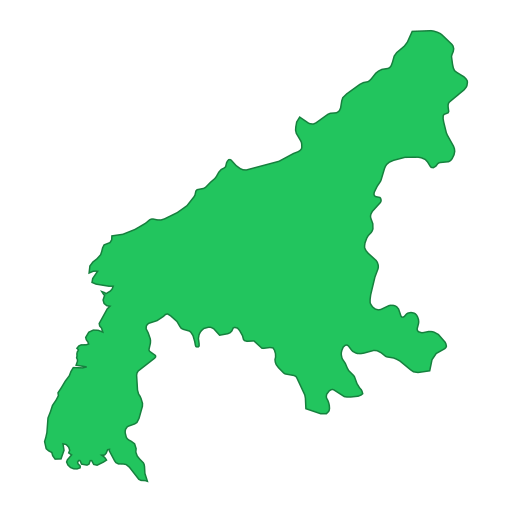 an SVG outline of P'yŏngan-namdo
{"feature_id": "PRK-3313", "entity_name": "P'yŏngan-namdo", "entity_type": "Province", "adm_level": 1, "iso_a3": "PRK", "parent_name": "North Korea", "parent_adm1": "", "projection": "albers", "projection_center": [126.179, 39.498], "detail": "fine", "context": "isolated", "style": "filled", "palette": "green", "viewbox_px": 512, "rotation_deg": 0, "n_neighbors": 0, "source": "natural_earth", "source_scale": "10m", "svg_char_len": 6010}
<svg xmlns="http://www.w3.org/2000/svg" viewBox="0 0 512 512"><path d="M147.4,481.3L145.3,480.6L141.0,480.4L138.8,479.3L129.4,467.2L126.1,464.5L123.4,464.0L118.4,463.9L115.9,462.6L114.6,460.8L109.3,450.8L109.5,449.3L107.6,449.7L106.2,453.1L104.6,455.0L101.7,455.2L103.6,456.5L105.2,458.1L106.5,460.1L103.4,462.1L97.1,465.2L93.7,464.4L91.7,460.6L90.2,460.6L89.0,464.1L87.0,465.1L81.5,464.1L80.6,461.8L79.8,460.5L78.7,460.5L77.6,462.1L78.0,463.8L80.2,466.1L80.1,467.8L77.1,468.9L73.7,468.8L70.5,467.5L67.9,465.0L66.6,462.0L67.4,459.8L71.6,454.9L68.7,452.9L69.7,450.3L68.7,447.2L66.3,444.6L63.0,443.8L64.0,450.3L61.0,458.9L55.1,459.1L52.7,455.7L51.8,452.5L48.6,450.8L46.2,448.7L44.6,441.6L45.9,437.1L46.9,432.6L48.0,418.0L50.5,411.6L52.5,405.4L56.1,400.1L58.4,395.7L58.0,392.8L60.8,388.6L65.3,381.1L69.3,375.8L71.0,371.4L73.3,367.6L82.7,367.9L86.7,366.9L76.1,365.2L77.5,361.2L77.4,359.4L76.6,357.8L77.0,356.1L76.9,353.8L77.3,351.9L78.1,350.7L78.4,349.7L76.9,348.3L78.9,345.9L81.1,344.9L86.3,344.8L88.6,344.0L88.0,342.1L86.3,339.7L85.7,337.4L88.8,332.2L93.3,330.1L98.2,330.3L102.8,332.1L101.5,328.0L99.7,326.0L99.2,323.5L107.3,308.8L110.0,306.2L106.8,305.7L104.1,303.5L103.1,300.0L104.6,295.3L103.6,294.4L101.8,291.6L104.8,292.7L105.9,293.7L110.3,291.1L112.1,289.1L113.2,286.2L108.9,286.2L96.0,284.1L92.0,282.4L92.7,278.5L97.6,271.3L95.3,271.1L93.1,271.3L89.1,273.0L89.9,266.0L92.9,262.0L96.9,258.9L100.6,254.8L101.7,251.6L102.6,247.9L104.1,244.9L110.0,242.6L111.7,239.8L111.9,235.9L122.9,234.3L134.9,229.5L145.5,223.3L149.7,219.8L151.3,219.1L153.0,219.0L157.3,219.9L161.0,220.0L164.5,218.9L177.3,212.6L187.0,205.7L194.0,196.8L195.0,195.0L195.9,191.0L197.1,189.7L203.7,188.4L205.5,187.4L210.7,182.1L214.7,178.7L216.4,176.5L218.8,172.2L221.2,169.5L224.0,168.1L225.6,166.8L226.6,162.7L227.4,161.2L228.7,159.7L230.0,159.6L231.1,160.1L236.1,165.6L240.2,168.6L243.0,169.8L246.3,170.0L279.0,161.3L293.5,153.5L298.2,151.7L300.3,150.3L301.5,148.8L301.8,147.3L301.7,144.0L301.4,142.4L300.7,140.8L296.3,133.3L295.6,130.2L295.8,127.0L296.7,122.0L299.7,117.1L308.6,123.2L310.0,123.7L313.2,124.1L315.8,123.0L327.9,114.3L330.3,113.3L336.4,112.8L337.9,112.0L339.4,110.7L340.6,108.0L341.8,100.7L342.8,97.7L346.8,93.8L359.8,84.4L363.4,82.6L368.0,81.7L369.6,80.6L371.3,78.9L375.8,73.2L378.5,71.1L381.9,69.4L388.2,68.4L389.8,67.5L391.2,65.7L392.5,62.2L394.2,56.1L396.7,52.6L404.4,46.1L407.4,42.1L412.2,31.4L431.0,30.7L433.7,31.1L437.5,32.3L440.3,33.6L442.0,34.9L451.9,44.4L453.0,46.0L453.7,48.8L453.2,51.6L452.0,54.5L451.5,56.5L452.5,64.1L453.3,67.9L454.5,70.6L456.6,72.3L464.2,77.0L466.2,79.1L467.3,81.0L467.4,82.6L466.9,85.7L466.3,87.0L464.2,89.7L449.3,102.1L448.5,103.3L448.1,104.9L448.1,106.8L448.7,111.4L448.1,112.8L444.0,114.4L443.2,115.7L443.1,118.6L443.7,122.1L446.3,132.7L447.3,135.1L453.5,146.2L454.4,148.7L454.7,151.4L454.0,154.8L452.1,158.7L451.1,160.0L449.9,161.0L448.6,161.7L440.4,162.5L438.8,162.9L437.6,163.8L435.9,166.1L433.3,167.7L431.2,167.4L430.3,166.4L427.6,162.0L425.3,159.5L421.4,157.8L418.2,157.2L405.0,157.3L393.6,160.3L389.3,162.2L386.7,164.4L385.5,166.2L384.5,168.5L381.1,179.9L380.5,181.3L377.1,186.4L374.3,192.1L373.9,194.3L374.6,195.9L375.7,196.6L379.9,197.5L380.6,198.3L381.1,200.1L380.9,201.5L380.3,202.6L372.4,211.3L370.9,214.1L370.5,216.1L370.7,217.9L372.8,223.8L372.9,228.9L372.2,230.9L371.2,232.5L368.3,235.5L366.8,238.0L365.0,242.9L364.6,245.7L364.6,247.8L366.0,250.7L368.2,253.3L376.1,260.5L377.3,262.3L378.2,265.1L378.3,267.1L378.0,268.8L374.9,277.1L370.7,294.7L370.1,299.3L370.1,302.5L370.6,304.0L372.5,306.9L375.3,309.1L378.4,309.9L380.8,309.5L389.0,305.6L390.6,305.3L393.5,305.4L395.1,305.9L396.7,306.8L398.6,309.1L401.0,316.2L401.9,317.1L403.1,317.2L404.3,316.5L406.5,314.0L407.9,313.1L411.0,312.5L414.0,313.1L415.3,313.8L416.6,315.2L417.6,317.0L418.5,319.7L418.7,321.9L418.5,323.6L417.1,328.9L417.4,330.4L418.4,331.7L421.4,332.7L422.9,332.7L428.8,331.5L431.8,331.6L433.9,332.1L438.4,334.5L445.1,342.2L445.9,343.9L446.4,346.2L445.9,347.5L444.7,348.7L436.2,353.5L432.0,359.7L429.7,370.8L418.0,372.5L413.5,371.8L410.7,369.9L399.9,361.0L396.8,359.3L393.7,358.0L387.1,356.9L385.7,356.4L381.1,352.7L377.1,350.7L373.8,350.4L363.9,353.1L360.8,353.6L357.4,353.5L355.8,353.0L352.8,351.4L351.6,350.2L348.4,345.9L346.9,345.0L345.2,345.3L343.2,347.1L341.8,350.5L341.3,352.8L341.3,354.8L341.9,357.8L342.5,359.2L345.3,363.4L347.1,367.7L348.6,370.5L353.5,375.4L354.4,376.6L357.0,383.7L359.6,387.9L361.3,389.8L362.0,391.2L362.7,393.7L361.1,395.0L358.2,396.2L350.6,397.0L347.0,397.0L344.3,396.6L333.9,389.9L332.5,389.4L330.9,389.8L329.2,390.9L326.7,394.2L326.3,396.2L326.5,398.0L327.9,400.6L328.8,403.2L329.3,405.5L329.5,408.4L329.2,410.2L328.7,411.4L326.4,413.7L320.6,413.7L305.9,408.7L305.4,398.1L304.8,394.9L296.9,378.0L296.0,376.5L294.0,375.5L285.1,373.9L283.7,373.0L278.5,367.7L276.2,364.6L275.3,362.1L275.0,359.6L275.6,357.0L275.5,353.7L274.5,350.2L273.0,347.9L269.9,347.5L263.6,348.3L261.9,348.2L253.9,340.9L247.0,341.3L244.5,340.6L243.5,339.5L242.5,335.7L239.6,330.5L237.5,328.1L234.7,327.4L233.2,328.0L231.8,331.0L230.1,332.7L227.8,333.7L219.6,335.2L213.7,328.7L212.1,327.9L210.7,327.3L208.5,327.2L203.8,328.5L201.5,330.6L200.2,332.3L199.0,334.8L198.4,338.5L199.1,343.8L199.1,346.0L198.2,346.9L196.4,346.8L195.9,346.5L195.4,345.2L194.7,341.4L193.0,335.6L190.9,332.3L189.5,331.1L183.2,329.3L181.2,328.3L179.9,326.5L177.0,321.5L170.6,315.8L167.5,313.9L165.6,314.4L163.4,316.4L157.1,320.6L148.5,323.4L146.7,325.3L146.3,326.2L146.1,328.8L148.2,332.9L150.2,338.7L150.5,340.5L150.4,343.1L149.0,349.3L149.1,350.4L149.7,351.4L155.3,355.4L155.6,356.0L155.6,356.9L154.6,358.2L138.2,371.0L137.0,373.0L136.6,375.2L137.5,390.1L138.6,394.1L140.0,396.2L141.1,398.7L142.5,403.4L142.4,406.3L139.0,418.4L136.9,422.5L134.7,423.9L128.3,426.2L127.2,426.9L125.6,429.2L125.2,430.9L125.2,432.9L126.3,437.3L127.3,438.8L128.8,440.0L131.4,441.4L134.6,443.8L136.1,448.6L135.8,452.1L137.2,456.0L139.6,459.0L143.4,462.9L144.1,464.4L144.5,466.5L144.9,473.4L147.4,481.3Z" fill="#22c55e" stroke="#15803d" stroke-width="1.5"/></svg>